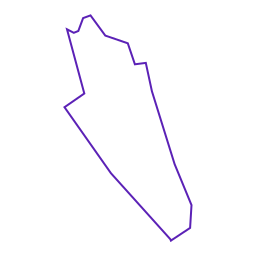 an SVG outline of Merthyr Tydfil
{"feature_id": "GBR-2114", "entity_name": "Merthyr Tydfil", "entity_type": "Unitary Authority (wales)", "adm_level": 1, "iso_a3": "GBR", "parent_name": "United Kingdom", "parent_adm1": "", "projection": "albers", "projection_center": [-3.362, 51.738], "detail": "fine", "context": "isolated", "style": "outline", "palette": "violet", "viewbox_px": 256, "rotation_deg": 0, "n_neighbors": 0, "source": "natural_earth", "source_scale": "10m", "svg_char_len": 336}
<svg xmlns="http://www.w3.org/2000/svg" viewBox="0 0 256 256"><path d="M145.8,62.9L151.9,91.2L174.6,164.1L191.5,205.1L190.1,227.9L170.9,240.6L170.4,239.3L111.0,173.3L64.5,107.2L84.3,93.5L67.0,29.3L73.8,32.8L78.3,31.0L83.1,18.1L90.5,15.4L105.3,35.6L127.8,43.3L134.9,64.3L145.8,62.9Z" fill="none" stroke="#5b21b6" stroke-width="2"/></svg>